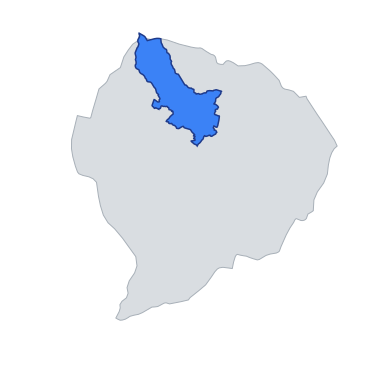 Zimbabwe, with Mashonaland East highlighted, rotated 284°
{"feature_id": "ZWE-528", "entity_name": "Mashonaland East", "entity_type": "Province", "adm_level": 1, "iso_a3": "ZWE", "parent_name": "Zimbabwe", "parent_adm1": "", "projection": "orthographic", "projection_center": [31.478, -17.977], "detail": "fine", "context": "in_parent", "style": "filled", "palette": "blue", "viewbox_px": 384, "rotation_deg": 284, "n_neighbors": 0, "source": "natural_earth", "source_scale": "10m", "svg_char_len": 7953}
<svg xmlns="http://www.w3.org/2000/svg" viewBox="0 0 384 384"><g transform="rotate(284 192 192)"><path d="M271.7,321.7L268.4,319.5L264.0,318.1L258.4,317.5L251.2,317.8L242.2,319.0L232.6,317.6L222.4,313.6L213.8,312.2L203.7,314.1L203.2,314.2L201.5,312.8L198.6,309.8L194.0,309.4L192.7,308.7L191.7,307.6L191.0,306.2L190.7,304.6L191.4,299.6L190.9,299.1L189.7,298.5L187.1,298.0L181.0,295.8L173.2,293.8L160.7,291.6L155.8,291.1L154.7,290.4L153.2,288.6L150.7,282.9L148.4,279.2L142.8,273.6L141.9,271.8L142.1,267.2L142.4,263.5L142.9,260.4L142.6,257.4L142.4,253.8L142.5,251.3L141.8,250.3L139.8,249.6L134.2,249.3L127.5,249.6L127.1,245.9L126.4,240.2L125.0,236.9L123.4,235.2L120.2,233.5L113.9,231.2L105.2,227.7L97.7,222.3L89.1,215.7L86.4,214.6L83.1,208.2L78.0,197.3L78.2,193.6L77.4,191.8L72.6,186.5L71.5,183.7L70.6,180.9L63.0,173.1L60.4,169.7L58.3,165.3L56.3,161.8L54.7,160.4L52.5,158.1L50.9,155.4L50.2,153.3L50.7,150.5L51.3,148.6L58.4,150.3L62.2,150.4L65.2,149.3L69.0,150.5L73.5,154.0L78.3,154.5L83.5,152.1L90.6,152.6L99.6,155.9L107.0,156.5L115.7,153.1L123.3,144.1L130.5,135.6L137.6,125.8L141.8,118.0L148.1,111.6L156.5,106.5L165.2,102.3L178.3,97.0L180.9,92.9L181.8,88.3L181.7,82.0L182.3,77.9L183.7,76.1L185.9,74.6L188.7,72.7L197.4,67.8L204.8,64.6L213.7,62.5L223.5,62.4L233.0,62.3L238.4,62.3L238.5,68.4L238.9,75.2L240.0,75.8L247.1,75.9L258.5,76.4L269.5,76.8L276.5,81.7L278.8,82.8L286.1,84.1L295.4,92.4L306.6,93.2L314.3,95.8L321.0,98.7L324.9,102.1L327.4,102.9L330.8,103.1L332.5,103.5L332.1,105.9L329.8,110.0L330.1,115.9L333.1,124.2L333.5,131.3L332.4,143.9L332.4,156.1L332.7,160.5L333.2,163.4L333.8,165.0L333.7,166.8L331.8,171.9L330.2,177.2L330.2,179.4L329.6,180.9L328.5,182.2L323.6,184.7L322.8,186.2L322.8,189.0L323.4,191.4L325.2,192.2L327.4,193.6L328.2,195.3L328.2,197.2L327.5,200.6L325.5,206.2L327.4,212.8L329.5,217.0L332.4,221.9L333.6,224.9L333.6,227.1L333.1,229.2L328.6,238.1L325.3,243.6L321.4,249.5L316.2,253.2L314.9,255.0L314.3,257.0L314.5,261.5L314.2,266.1L309.8,273.3L312.5,279.4L311.9,280.0L310.4,280.9L304.0,287.8L297.6,294.7L293.0,299.9L287.7,305.7L281.7,312.2L276.7,317.7L271.7,321.7Z" fill="#d9dde1" stroke="#a8b0b8" stroke-width="1"/><path d="M324.5,103.3L324.8,103.1L325.4,102.9L325.9,102.8L327.1,102.8L329.3,103.4L330.5,103.4L331.1,103.3L332.2,102.6L332.8,102.3L333.3,102.3L331.9,107.4L331.3,108.7L330.7,109.4L328.1,112.0L331.7,118.7L332.6,120.9L333.1,123.3L333.1,124.7L332.9,124.8L332.1,125.0L329.4,126.0L329.0,126.3L328.2,127.1L325.7,128.9L325.4,129.3L324.3,131.4L324.2,132.4L324.0,132.7L323.5,133.1L323.0,133.3L322.6,133.4L321.4,133.9L321.2,134.0L321.0,134.4L320.9,135.4L320.7,135.8L319.2,137.4L318.5,137.9L317.9,138.0L317.3,138.3L316.6,138.3L315.4,138.9L315.2,139.1L314.7,139.7L314.1,140.3L313.8,140.5L313.6,140.6L313.2,140.4L312.7,140.4L312.4,140.4L312.0,140.5L311.3,140.9L310.7,141.2L309.2,142.7L308.1,143.5L307.7,143.7L307.4,144.2L307.0,144.9L306.7,145.3L306.5,145.5L306.3,145.6L305.6,145.9L304.8,146.4L303.8,146.7L303.4,147.1L303.2,147.4L302.9,148.9L302.9,149.4L303.0,150.0L302.8,150.4L294.2,159.1L294.2,159.6L294.3,160.3L294.1,160.7L293.9,161.2L292.5,163.0L292.4,163.2L292.4,163.5L292.3,164.7L292.4,165.4L292.6,165.9L292.6,166.3L292.1,167.4L292.0,167.8L292.1,168.5L292.0,168.9L291.8,169.1L291.4,169.2L289.8,169.6L289.4,169.7L289.1,169.9L289.0,170.2L288.9,171.0L288.8,171.7L288.3,172.1L288.1,172.3L288.2,172.6L288.6,173.3L288.8,173.9L289.1,174.5L289.1,174.8L288.7,175.7L288.8,176.0L288.9,176.4L289.1,177.0L289.4,177.4L289.8,178.3L290.4,178.8L291.1,179.9L291.5,181.4L291.7,181.7L291.9,181.8L292.2,181.9L292.9,182.0L293.3,182.1L293.7,182.3L293.8,182.5L294.6,184.5L295.2,187.8L295.3,188.0L295.5,188.3L296.0,188.6L296.1,188.8L296.3,189.4L296.7,190.0L297.0,190.7L297.1,191.1L297.0,192.7L297.0,193.4L296.9,194.1L296.9,194.6L297.0,195.6L296.8,196.2L296.6,196.1L295.9,195.9L295.7,195.9L295.1,196.1L294.7,196.1L294.0,196.0L292.5,195.3L291.2,194.9L290.6,194.5L289.3,193.0L288.8,192.7L288.2,192.5L287.5,192.6L285.7,192.9L285.1,192.8L283.8,192.3L283.0,192.0L282.7,192.1L282.6,192.3L282.9,192.6L283.0,193.0L282.7,193.7L282.4,194.5L281.9,195.6L281.6,196.1L281.4,196.4L280.7,197.1L280.3,197.1L279.9,196.9L279.5,196.7L279.1,196.7L278.8,196.7L278.6,196.6L278.5,196.4L278.5,196.0L278.3,195.6L277.7,195.0L277.1,194.7L276.8,194.8L276.5,195.1L276.3,195.3L276.1,195.4L275.9,195.3L275.1,195.0L274.8,194.9L274.3,194.9L273.3,194.9L273.0,195.1L272.8,195.3L272.8,195.5L272.6,195.8L272.6,197.3L272.3,198.2L272.3,200.1L271.8,200.3L268.3,200.7L262.6,200.9L261.0,200.6L260.9,200.4L260.8,200.2L260.8,199.8L260.8,199.3L260.9,198.9L261.1,198.5L261.1,198.3L261.2,198.1L261.3,197.8L261.3,197.3L261.0,197.3L259.8,197.1L259.4,197.2L259.1,197.4L258.8,198.0L258.5,198.3L258.2,198.4L257.5,198.6L257.4,198.7L257.5,199.0L257.6,199.4L257.5,200.2L256.0,201.6L255.1,201.1L254.0,200.9L253.5,200.4L253.0,199.8L252.3,199.1L251.7,198.5L250.9,197.8L250.8,197.6L250.8,197.3L250.7,196.9L250.8,196.6L250.9,196.1L251.1,196.0L251.4,195.9L251.4,195.5L251.2,195.0L251.0,194.6L250.1,193.5L249.4,192.2L249.3,191.8L249.3,191.6L249.3,191.4L249.7,190.8L249.7,190.6L248.7,190.1L247.9,190.0L246.9,190.0L245.8,189.8L245.5,189.7L244.8,189.0L244.2,188.8L243.5,188.6L241.9,187.9L241.0,187.3L240.4,186.7L239.8,186.4L237.9,185.9L238.5,185.3L238.8,184.7L239.1,182.9L239.1,182.6L240.7,179.4L241.0,179.0L241.2,178.9L241.3,179.1L241.5,179.2L241.9,180.5L242.2,180.9L242.8,182.3L243.0,182.3L243.3,182.3L244.0,182.0L244.3,181.8L244.4,181.7L244.2,180.9L244.3,180.8L244.4,180.7L245.4,181.0L245.9,181.3L246.1,181.4L246.3,181.5L246.7,181.4L246.9,181.1L246.7,180.4L246.7,180.2L246.8,179.9L247.0,179.9L248.0,180.1L248.3,180.5L248.5,180.3L250.2,177.4L251.7,175.9L252.0,175.5L252.1,175.2L252.2,174.8L252.4,169.5L252.5,169.1L252.6,168.7L252.8,168.5L253.4,168.0L253.5,167.8L253.6,167.6L253.3,167.0L253.1,166.7L252.1,165.6L250.6,164.2L250.3,163.7L250.2,163.3L250.1,162.1L250.1,161.7L250.4,161.4L250.9,161.1L251.2,160.9L251.5,160.5L252.1,159.5L252.3,159.0L252.4,158.6L252.3,158.2L252.6,156.8L252.8,156.5L253.0,156.3L253.5,155.9L253.6,155.7L253.0,154.2L253.0,153.7L253.0,153.2L253.2,152.8L254.1,152.4L254.3,152.2L254.3,151.8L254.1,151.0L254.1,150.7L254.2,150.2L254.3,149.9L254.5,149.9L255.8,150.4L256.5,150.8L257.5,151.7L258.2,152.0L258.7,152.1L260.1,152.7L261.9,153.9L262.7,154.6L263.0,154.8L263.3,154.8L263.7,154.7L264.2,154.4L264.9,154.3L265.1,154.2L265.7,153.7L265.8,153.6L265.4,153.2L265.3,152.9L265.5,152.6L266.0,152.4L266.3,151.9L266.5,151.1L266.5,150.7L266.3,150.0L266.4,149.8L267.7,149.2L268.0,149.0L268.2,148.8L268.2,148.4L268.3,148.1L268.4,147.8L268.8,147.5L269.0,147.2L269.0,146.7L268.6,146.0L268.5,145.7L268.5,145.3L268.5,144.6L268.4,144.4L268.2,143.9L268.1,143.6L268.1,143.4L268.2,142.7L268.3,142.3L268.2,141.9L268.1,141.5L267.9,141.3L267.6,141.2L266.4,141.2L265.7,141.1L265.4,141.0L265.3,140.7L265.1,140.1L264.8,139.9L264.2,139.9L264.9,136.7L264.8,136.1L264.5,136.0L264.3,135.9L264.1,135.4L264.1,135.2L264.9,134.3L265.5,133.1L265.9,132.6L266.4,132.3L272.2,132.8L272.5,132.9L272.5,133.1L272.5,133.4L271.2,136.6L271.1,137.0L271.2,137.4L271.3,137.8L271.5,138.2L271.8,138.5L272.1,138.4L272.9,138.0L273.3,137.8L274.6,138.4L275.0,138.2L275.4,137.9L277.3,136.0L277.7,135.7L277.9,135.7L278.4,135.9L278.6,135.6L278.9,135.2L279.2,134.5L279.8,133.6L283.1,131.8L283.8,131.2L283.9,130.8L284.5,129.9L287.6,126.8L288.2,126.0L288.6,125.1L288.5,124.1L288.4,123.4L288.3,122.7L288.4,122.0L288.7,121.5L289.1,121.1L290.1,120.6L290.5,120.2L291.0,119.4L291.2,119.1L291.4,118.9L292.1,118.5L292.7,118.0L293.2,117.4L294.0,116.0L294.2,115.6L294.4,114.3L294.7,113.6L295.0,113.0L295.5,112.4L296.0,111.9L297.2,111.3L297.6,111.0L297.8,110.7L298.2,108.8L298.4,108.2L298.8,107.6L299.2,107.2L300.2,106.6L300.8,106.4L301.3,106.3L301.7,106.3L302.3,106.6L302.6,106.7L303.4,106.6L304.3,106.4L305.1,106.1L305.8,105.7L306.4,105.3L306.7,105.1L307.1,105.1L308.6,105.1L309.1,105.1L310.1,104.7L311.9,103.7L312.8,103.3L313.7,103.2L318.7,103.9L320.0,104.5L322.1,104.6L322.8,104.6L323.4,104.3L324.5,103.3Z" fill="#3b82f6" stroke="#1e3a8a" stroke-width="1.5"/></g></svg>